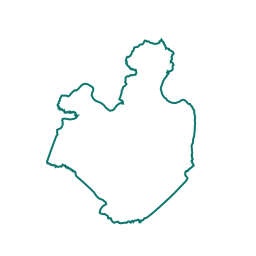 the district of Kinshasa, Kinshasa City, Democratic Republic of the Congo, rotated 108°
{"feature_id": "63176286B79360907689545", "entity_name": "Kinshasa", "entity_type": "district", "adm_level": 2, "iso_a3": "COD", "parent_name": "Democratic Republic of the Congo", "parent_adm1": "Kinshasa City", "projection": "mercator", "projection_center": [15.673, -4.477], "detail": "fine", "context": "isolated", "style": "outline", "palette": "teal", "viewbox_px": 256, "rotation_deg": 108, "n_neighbors": 0, "source": "geoboundaries", "source_scale": "gbopen_adm2", "svg_char_len": 5843}
<svg xmlns="http://www.w3.org/2000/svg" viewBox="0 0 256 256"><g transform="rotate(108 128 128)"><path d="M215.8,93.8L214.1,93.2L213.1,91.1L212.1,90.1L212.0,89.5L212.2,88.8L212.8,88.4L213.6,88.5L214.1,87.9L214.2,87.5L213.9,87.1L211.8,86.8L211.4,85.6L210.2,84.8L209.3,84.8L208.6,84.3L208.2,83.2L206.4,81.7L202.1,78.8L192.9,73.3L181.7,67.0L175.7,63.8L160.9,56.7L158.3,55.9L157.1,56.1L155.4,58.8L154.1,59.4L152.2,59.8L152.0,59.6L151.1,59.4L151.1,59.0L150.6,58.8L150.6,58.1L150.3,57.8L149.5,57.8L148.8,57.2L148.3,57.2L148.1,56.8L147.0,56.4L145.9,55.3L145.1,55.2L144.5,54.5L143.4,53.9L142.5,54.6L142.5,54.9L141.9,55.8L141.0,55.9L140.4,56.9L140.0,56.9L139.8,57.4L139.3,57.5L138.7,56.9L137.6,56.8L137.1,57.6L136.2,57.7L135.5,58.6L135.1,58.6L134.3,59.0L133.9,58.7L133.2,59.2L131.8,59.2L129.6,60.3L128.4,60.6L125.7,62.0L123.3,62.0L122.4,61.6L119.2,62.4L117.1,62.7L115.7,62.5L112.8,63.2L110.2,63.6L108.2,64.3L107.3,64.3L106.3,64.9L103.0,65.5L99.8,67.0L98.3,67.1L96.2,67.8L95.4,68.6L94.2,68.9L93.4,69.6L92.2,70.1L91.1,70.2L90.5,70.8L89.6,72.3L88.0,73.4L87.2,75.3L86.1,76.2L86.3,78.4L85.1,80.2L84.0,82.8L84.0,83.9L84.5,85.0L85.1,85.8L86.9,87.0L87.7,88.2L88.5,89.0L89.8,91.0L90.4,94.0L90.3,96.4L89.7,98.8L89.2,99.8L88.2,100.8L88.2,101.6L87.7,102.9L86.8,104.2L84.8,106.3L80.5,109.0L78.6,109.2L76.4,109.0L73.0,109.1L69.6,108.4L67.0,107.3L66.4,107.4L63.8,106.3L63.6,106.3L64.0,106.8L63.9,107.3L63.4,107.6L63.2,108.0L62.8,107.9L63.0,107.8L62.8,107.5L62.3,107.3L62.4,107.2L62.1,107.4L62.1,106.9L61.2,106.2L60.6,104.9L59.2,103.8L58.1,103.7L55.3,104.7L54.6,104.6L54.0,104.1L53.6,104.3L52.0,106.2L51.8,107.4L50.8,107.9L51.2,108.0L50.9,108.1L49.1,107.4L48.0,107.7L47.1,108.6L45.6,108.3L44.8,108.6L44.0,107.7L42.9,107.6L41.9,108.7L41.7,109.6L41.3,110.2L41.0,113.2L40.1,113.4L40.1,113.7L40.2,115.7L40.7,116.3L40.3,116.3L39.7,116.8L39.6,117.2L39.0,117.4L38.3,118.0L37.9,118.5L38.1,119.2L37.8,118.9L37.5,118.9L37.3,119.5L36.0,119.9L35.6,120.6L35.6,121.1L34.9,121.7L34.9,122.4L34.3,122.6L34.4,123.1L33.9,123.2L33.6,123.6L34.7,123.9L35.2,123.8L35.5,124.5L35.9,124.8L36.7,124.8L37.1,124.6L37.2,124.9L38.1,125.4L39.4,127.5L39.9,129.6L39.9,130.7L39.6,131.6L40.1,132.7L39.4,134.8L39.4,135.9L40.0,136.6L39.6,137.4L39.5,138.7L39.7,139.1L42.4,139.5L44.0,140.1L44.9,142.3L45.3,142.7L47.1,143.2L47.7,143.7L49.3,146.7L50.2,146.9L52.3,146.7L52.9,146.8L53.8,147.6L55.5,147.5L58.5,148.0L59.1,148.6L60.2,149.1L60.7,150.1L60.5,150.4L61.2,151.0L64.4,150.9L64.3,150.5L64.6,150.3L64.5,150.6L64.9,150.6L65.7,149.7L67.1,149.7L67.0,149.2L68.7,148.0L69.0,146.4L69.6,146.0L69.6,145.3L70.5,144.8L70.8,143.6L70.6,143.2L71.1,143.1L70.8,142.4L71.0,142.2L70.6,141.7L70.9,141.1L70.6,140.2L70.9,139.8L70.4,139.3L71.0,138.5L70.8,138.2L73.0,137.1L73.9,137.3L74.9,137.2L75.2,137.4L75.3,138.4L76.8,140.5L76.6,141.2L76.9,142.0L78.4,142.9L78.8,143.4L78.7,143.8L79.0,144.6L80.3,145.7L81.6,145.7L83.9,144.9L84.7,145.2L85.6,144.7L85.8,143.9L86.8,143.0L89.2,144.1L90.3,145.2L93.1,145.2L94.6,145.5L96.4,145.0L101.6,144.9L103.3,145.2L104.1,142.5L103.9,142.3L104.4,141.9L104.2,141.5L104.5,141.1L105.3,141.4L105.4,140.8L106.0,140.4L106.1,141.0L106.4,140.8L106.6,142.6L107.5,143.9L110.2,145.7L114.8,147.2L116.3,148.7L117.2,151.0L115.5,155.4L113.9,157.7L113.1,159.6L112.5,161.9L112.1,166.7L111.7,168.4L110.2,170.8L108.2,172.6L106.1,173.0L103.4,172.7L101.8,173.0L100.2,174.1L98.8,180.0L99.1,182.2L100.2,184.1L102.2,185.6L106.2,187.3L108.4,188.8L108.6,189.4L108.4,190.2L110.3,191.5L112.8,192.8L115.0,193.5L116.3,194.5L116.4,197.1L117.7,201.1L119.1,201.2L121.1,201.8L122.9,201.2L124.5,202.0L126.0,201.4L126.7,201.9L128.0,202.1L128.4,201.8L128.6,201.0L129.4,200.9L129.5,200.6L129.8,200.5L129.8,200.2L129.6,200.4L129.5,199.9L130.2,199.5L130.6,198.6L130.8,198.8L130.7,198.2L131.0,198.2L130.9,197.6L131.1,197.6L130.5,197.0L131.5,195.4L131.2,194.8L131.6,194.3L131.3,194.1L131.6,193.9L131.4,193.9L131.8,193.5L131.9,192.9L132.3,192.9L132.6,192.3L132.7,191.6L131.3,190.3L131.5,190.1L131.2,189.1L130.9,189.0L131.1,188.7L130.9,188.5L131.1,188.5L131.1,188.2L131.3,188.4L131.2,187.7L131.5,187.7L131.1,186.7L130.0,186.2L129.7,185.5L129.9,185.4L129.6,185.1L129.8,184.6L129.5,184.0L129.7,183.7L129.9,183.2L129.8,182.8L130.2,182.7L130.3,182.4L130.9,182.4L131.0,182.1L131.6,182.3L131.6,182.1L132.0,182.2L132.8,181.5L132.5,180.7L131.8,180.2L131.6,179.6L134.5,180.6L135.7,181.9L137.1,184.2L137.8,186.0L138.6,191.0L139.5,192.9L141.0,193.1L142.0,192.2L144.8,191.2L146.0,191.2L148.1,191.4L149.7,192.6L151.6,194.8L154.5,193.9L156.0,193.0L158.0,193.7L171.3,194.3L185.3,194.6L185.7,194.4L185.8,193.9L186.1,193.9L186.1,193.4L186.5,193.1L186.2,192.2L186.4,191.7L186.2,191.0L186.6,190.5L186.4,190.4L186.9,188.9L186.8,188.2L186.5,188.0L186.4,187.2L186.1,187.0L186.1,186.1L186.5,186.0L186.6,185.2L186.8,185.1L186.7,185.0L187.0,184.8L186.8,184.6L187.0,184.5L186.5,184.2L186.5,183.9L186.4,183.7L186.7,183.0L186.6,182.5L185.4,180.7L185.5,179.6L184.8,179.2L184.1,179.2L183.7,178.8L183.1,178.8L183.5,177.1L183.1,176.4L183.5,176.2L183.2,175.8L183.5,175.2L184.7,174.8L184.6,174.2L184.2,173.8L184.7,173.1L184.7,172.8L184.4,172.6L184.6,172.2L184.2,172.3L184.6,171.3L184.4,170.5L184.7,169.7L185.7,168.8L185.1,167.8L185.9,167.2L185.8,166.6L186.0,166.6L185.9,166.3L186.3,165.1L186.1,164.6L188.9,163.1L189.9,162.0L192.8,155.1L197.6,144.6L199.9,140.2L202.3,137.2L203.9,134.0L204.2,129.7L204.8,128.6L205.4,126.4L206.7,125.4L207.2,125.3L210.2,127.8L213.2,128.9L214.7,129.1L215.1,128.8L217.2,128.9L217.8,127.6L217.6,126.8L217.7,125.1L216.9,123.5L217.5,122.3L217.7,120.5L218.8,119.3L219.5,119.3L220.1,119.0L220.0,118.5L219.1,116.8L219.2,116.4L219.5,116.1L220.4,115.9L220.7,115.0L221.6,114.3L222.2,113.1L222.4,111.8L221.6,111.0L220.2,108.6L220.2,108.2L221.1,107.1L220.9,105.5L218.8,101.3L218.6,100.0L217.2,99.3L216.7,98.7L216.6,97.5L217.2,96.4L217.1,96.0L216.5,95.8L215.9,95.9L215.0,95.2L215.0,94.8L215.8,93.8Z" fill="none" stroke="#0f766e" stroke-width="2"/></g></svg>